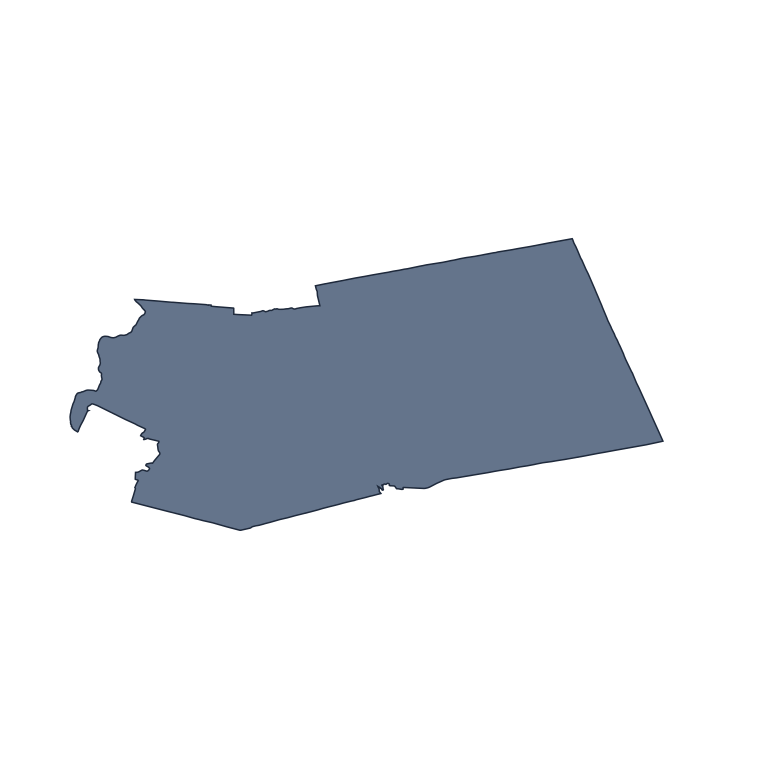 Crampoia, Olt, Romania (Robinson projection), rotated 203°
{"feature_id": "2599482B54660025381406", "entity_name": "Crampoia", "entity_type": "district", "adm_level": 2, "iso_a3": "ROU", "parent_name": "Romania", "parent_adm1": "Olt", "projection": "robinson", "projection_center": [24.737, 44.294], "detail": "fine", "context": "isolated", "style": "filled", "palette": "slate", "viewbox_px": 768, "rotation_deg": 203, "n_neighbors": 0, "source": "geoboundaries", "source_scale": "gbopen_adm2", "svg_char_len": 6159}
<svg xmlns="http://www.w3.org/2000/svg" viewBox="0 0 768 768"><g transform="rotate(203 384 384)"><path d="M267.5,591.3L287.8,578.0L302.5,568.1L313.6,561.0L318.7,557.6L331.0,549.9L332.3,548.8L334.7,547.4L350.4,536.9L351.6,536.2L354.5,534.4L357.4,532.7L362.7,529.2L367.8,525.5L370.8,523.6L373.3,521.8L377.7,518.8L391.7,510.1L394.4,508.2L397.3,506.3L399.0,505.1L407.5,499.2L410.2,497.6L414.5,494.6L419.5,491.5L423.8,488.5L427.3,486.3L436.9,480.1L443.5,475.7L451.9,470.3L463.8,462.2L477.4,453.2L485.5,447.6L483.5,444.9L481.5,442.9L481.2,442.2L480.9,441.5L479.7,439.2L473.6,431.0L476.5,429.6L485.6,424.7L490.8,421.5L494.2,419.2L494.6,418.7L495.5,418.1L496.8,417.8L498.4,418.0L498.7,417.9L499.3,417.6L501.5,415.9L503.5,414.9L505.8,413.5L508.4,412.3L510.1,411.6L511.7,411.5L512.3,411.2L512.7,410.7L513.9,410.5L514.3,410.1L514.7,409.7L516.1,407.9L516.7,407.6L517.2,407.5L518.3,406.9L518.6,406.6L519.4,405.6L521.1,404.3L521.4,404.2L521.8,404.2L522.6,404.3L524.0,404.2L524.6,403.8L525.7,402.7L532.2,398.3L533.4,397.8L533.0,397.1L532.8,395.6L546.0,390.7L549.5,389.5L551.9,395.0L552.2,395.1L568.6,389.6L573.4,388.1L574.0,389.1L576.5,388.2L576.5,387.9L578.6,387.6L579.5,387.3L590.9,383.4L596.0,381.5L609.8,376.9L611.6,376.2L624.9,371.9L636.5,368.0L638.1,367.6L646.6,364.4L646.2,364.0L644.1,362.9L642.5,362.5L638.9,361.2L637.5,360.5L636.9,360.0L636.1,359.5L634.4,358.7L634.0,358.7L633.5,358.3L632.8,358.0L632.4,357.8L631.9,357.3L631.7,355.4L631.8,354.9L632.2,353.9L632.2,353.7L633.0,353.0L633.5,352.3L634.0,351.3L634.9,349.0L634.9,347.3L635.2,345.6L635.4,341.5L635.9,340.8L636.0,340.4L636.5,339.4L636.9,338.4L637.0,338.1L637.0,337.2L636.8,334.0L637.1,333.4L637.1,332.9L637.2,332.6L638.6,331.2L639.2,330.3L639.8,329.2L640.0,329.0L641.7,327.6L642.8,327.0L645.0,326.3L645.4,326.1L646.0,325.8L647.6,324.2L649.2,322.2L650.7,321.1L651.4,320.7L653.6,320.1L656.6,319.9L658.8,319.2L659.9,318.7L660.9,318.0L661.7,317.2L662.0,316.7L662.5,315.3L662.9,313.6L662.7,312.5L662.9,310.8L662.8,310.4L662.5,309.3L662.4,308.6L661.5,306.2L661.3,305.3L661.1,303.3L660.9,302.5L660.6,301.9L660.3,301.5L659.3,300.5L658.2,299.6L656.8,297.7L655.7,296.6L655.1,295.8L654.1,293.7L653.3,292.5L653.0,291.0L653.0,290.3L653.2,288.4L653.2,287.3L652.5,285.8L652.2,285.4L651.8,285.0L650.4,284.0L648.6,283.6L648.1,283.2L647.8,282.6L647.6,281.6L646.6,279.9L645.8,278.9L645.3,277.8L645.6,276.0L645.5,275.3L645.2,274.3L645.5,271.8L645.4,268.7L645.4,267.0L645.6,266.3L646.2,265.0L646.5,264.7L647.8,264.7L648.9,264.6L653.8,262.9L654.8,262.4L655.5,261.9L656.2,261.3L656.9,260.5L658.1,259.3L659.3,258.5L659.9,257.7L660.3,257.4L661.2,256.9L662.3,256.0L662.6,255.5L662.8,254.9L663.1,253.0L663.1,251.7L663.1,251.4L662.8,250.7L662.7,249.1L662.6,248.6L662.4,246.7L662.5,245.1L662.5,244.0L661.8,237.6L661.2,235.5L660.9,233.7L660.1,231.0L658.6,228.1L657.9,227.2L657.5,226.0L657.0,225.3L656.8,224.8L656.2,224.3L655.7,224.2L655.2,222.8L654.6,222.7L653.6,221.7L650.9,220.7L647.3,220.2L647.0,221.0L647.1,221.8L647.2,224.2L647.1,227.8L646.6,233.0L646.4,241.8L646.3,243.0L646.1,243.4L645.5,244.1L646.6,243.9L647.3,245.1L647.8,246.5L647.9,247.0L647.8,247.4L647.7,247.8L647.4,248.2L646.3,249.6L645.4,251.2L645.1,251.6L644.6,251.8L642.6,252.0L639.3,252.1L608.2,250.3L600.4,250.1L597.3,250.0L594.9,249.7L587.3,249.5L586.0,249.3L585.8,249.1L585.8,248.6L586.1,246.4L586.3,245.9L586.6,245.3L587.1,244.7L587.4,244.2L587.7,243.1L587.8,242.6L587.8,241.3L584.5,241.0L583.6,240.7L583.5,239.0L583.3,239.0L581.6,240.3L580.9,241.2L579.3,241.9L579.0,241.7L577.9,241.8L572.8,242.7L569.5,243.2L568.8,243.2L568.6,242.7L568.6,242.3L568.6,241.6L569.0,240.4L569.0,240.1L568.8,239.5L567.6,237.6L566.6,235.8L565.9,234.8L565.5,234.3L564.3,233.6L563.3,232.8L563.0,232.0L563.0,231.5L565.3,224.1L566.1,220.7L566.4,220.5L567.0,220.5L568.3,219.7L570.5,218.2L571.2,217.7L571.4,217.4L571.5,216.9L571.5,216.4L571.4,216.0L571.0,215.8L568.2,215.4L567.3,215.0L566.8,214.6L566.7,214.3L566.7,213.8L567.0,212.8L567.5,211.7L568.1,211.1L571.1,210.8L573.0,210.4L575.7,207.0L576.9,206.2L578.2,205.6L576.4,200.7L576.0,199.7L575.7,199.1L575.2,199.1L573.3,199.3L572.9,199.3L572.6,199.1L572.5,198.4L572.7,197.4L572.9,193.8L572.8,191.9L572.9,191.4L571.9,190.5L571.0,182.8L570.5,177.3L570.1,176.7L532.8,182.3L516.2,184.9L505.5,186.2L501.7,186.9L497.4,187.5L490.3,188.8L487.5,189.3L473.0,191.1L460.6,192.9L459.8,193.0L458.7,193.4L457.5,194.3L451.1,198.9L450.4,199.6L450.1,200.2L449.3,201.3L447.6,202.6L446.4,203.5L444.9,204.4L443.7,205.2L440.5,207.7L439.1,208.9L434.9,212.1L427.0,218.5L420.5,223.2L414.2,228.2L401.7,237.6L395.8,242.2L391.7,245.6L386.1,249.9L382.2,252.8L378.8,255.4L374.7,258.7L368.0,263.7L365.9,265.1L364.3,266.6L356.3,272.6L353.3,275.0L351.1,276.6L344.1,282.0L344.9,282.5L346.2,283.1L347.6,285.6L348.2,286.1L349.1,286.8L349.7,287.4L348.3,287.2L346.5,286.8L346.3,286.6L345.5,286.5L344.1,285.6L343.5,286.0L343.3,286.2L343.3,286.5L343.9,287.2L345.0,289.1L345.4,289.4L346.0,289.7L346.4,289.9L346.4,290.3L346.2,290.5L345.2,290.8L345.0,291.1L345.0,291.6L344.8,291.9L344.2,292.2L343.1,292.3L342.9,292.5L342.1,293.8L341.5,294.1L340.7,294.1L340.1,294.0L339.8,293.7L339.6,292.9L339.4,292.7L338.9,292.7L338.4,292.8L337.1,293.3L335.2,294.0L334.5,294.1L333.9,294.0L332.2,292.9L331.5,292.5L329.9,293.1L326.5,293.9L325.4,294.5L325.5,295.2L325.9,295.7L325.8,296.3L322.6,297.5L306.3,303.5L305.2,304.1L303.1,305.6L301.6,307.1L296.7,313.1L293.5,316.5L291.2,319.0L290.5,319.6L289.7,320.2L286.6,322.3L284.5,323.7L280.6,325.9L267.0,334.6L253.6,343.1L248.1,346.8L243.9,349.5L235.5,354.7L226.3,360.9L220.1,364.7L214.1,368.7L212.6,369.8L207.0,373.6L199.2,378.2L195.5,380.6L188.1,385.2L171.3,396.1L160.3,403.5L155.0,406.9L144.4,413.9L118.9,430.5L106.5,439.2L104.9,440.4L112.1,447.1L123.4,457.5L129.3,463.0L147.8,480.0L152.1,483.7L157.3,488.8L158.9,490.4L159.6,491.1L161.1,492.2L171.0,500.9L174.0,503.8L175.3,505.3L181.8,511.3L183.6,512.8L186.3,515.4L189.7,518.1L191.5,520.0L196.0,523.8L197.7,525.5L202.8,529.9L204.7,531.9L213.1,540.1L214.4,541.5L218.6,545.5L220.2,547.1L225.3,552.0L227.0,553.7L237.5,563.7L239.2,565.3L243.1,568.6L250.3,575.4L250.9,575.8L252.2,576.8L257.8,582.3L261.0,585.3L264.2,587.9L266.6,590.5L267.5,591.3Z" fill="#64748b" stroke="#1e293b" stroke-width="1.5"/></g></svg>